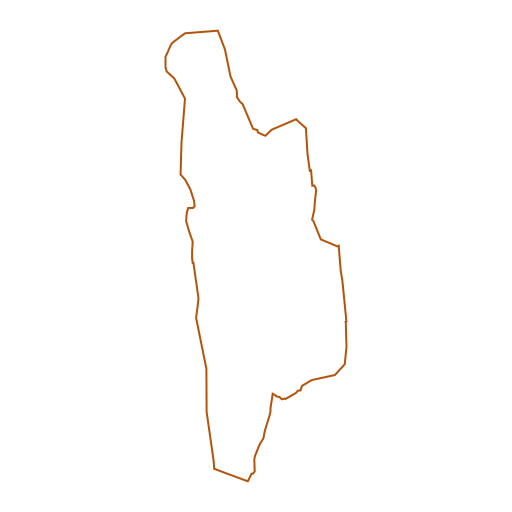 the district of Hufash, Al Mahwit, Yemen
{"feature_id": "15242507B53182107073973", "entity_name": "Hufash", "entity_type": "district", "adm_level": 2, "iso_a3": "YEM", "parent_name": "Yemen", "parent_adm1": "Al Mahwit", "projection": "equal_earth", "projection_center": [43.421, 15.375], "detail": "fine", "context": "isolated", "style": "outline", "palette": "amber", "viewbox_px": 512, "rotation_deg": 0, "n_neighbors": 0, "source": "geoboundaries", "source_scale": "gbopen_adm2", "svg_char_len": 1667}
<svg xmlns="http://www.w3.org/2000/svg" viewBox="0 0 512 512"><path d="M247.8,481.3L247.9,481.1L251.6,473.7L253.0,473.6L254.7,471.4L254.3,459.4L254.9,456.2L259.8,444.0L263.4,438.4L264.8,430.9L269.7,415.0L270.6,410.4L270.4,408.9L272.7,393.8L275.5,395.3L276.4,396.4L279.4,397.0L281.9,399.3L284.6,398.6L285.4,399.0L288.9,397.0L295.9,393.0L298.0,390.6L300.5,390.5L302.0,385.8L311.9,380.0L334.9,375.0L344.7,364.3L345.3,358.9L345.3,358.7L346.5,346.5L345.9,327.5L345.8,322.2L345.6,321.8L346.4,321.4L342.4,280.9L340.7,270.5L338.7,245.7L337.4,246.4L320.8,239.4L313.5,221.2L312.3,219.9L312.1,219.7L314.3,209.8L314.7,203.7L315.3,197.4L316.1,190.6L315.6,187.8L314.2,185.5L312.3,185.8L311.1,170.4L309.8,170.8L307.5,154.0L305.9,128.2L296.4,119.7L296.3,119.2L296.2,119.2L274.5,128.5L271.7,129.7L265.5,135.7L263.3,135.0L257.8,132.4L257.5,130.2L253.0,128.7L243.0,104.9L242.9,104.4L239.9,101.6L237.0,97.3L236.8,90.6L230.5,76.5L224.9,49.3L217.8,30.7L196.0,32.4L185.1,33.3L182.0,35.5L175.1,40.7L171.9,43.2L171.6,43.8L170.7,45.3L169.7,47.4L169.3,48.3L168.2,51.1L165.5,56.8L165.5,67.2L166.6,71.4L174.3,78.5L185.0,98.6L181.5,142.4L181.1,156.2L180.7,170.4L180.6,171.2L180.6,172.6L180.5,174.5L185.2,179.8L190.3,189.2L193.9,200.4L194.7,206.0L193.3,207.9L188.2,208.0L186.8,212.7L186.1,221.1L189.1,231.4L192.7,241.7L192.1,251.1L192.1,258.6L192.7,262.9L193.4,262.8L194.7,271.7L196.0,281.1L196.2,282.1L196.4,283.5L198.5,298.5L198.5,298.8L197.5,307.0L197.5,307.3L197.0,310.9L196.1,317.9L206.4,368.9L206.4,371.3L206.5,387.3L206.5,388.0L206.6,411.8L207.1,415.3L207.4,417.3L208.4,424.3L213.6,460.5L214.2,468.8L214.3,468.8L222.7,472.0L247.8,481.3Z" fill="none" stroke="#b45309" stroke-width="2"/></svg>